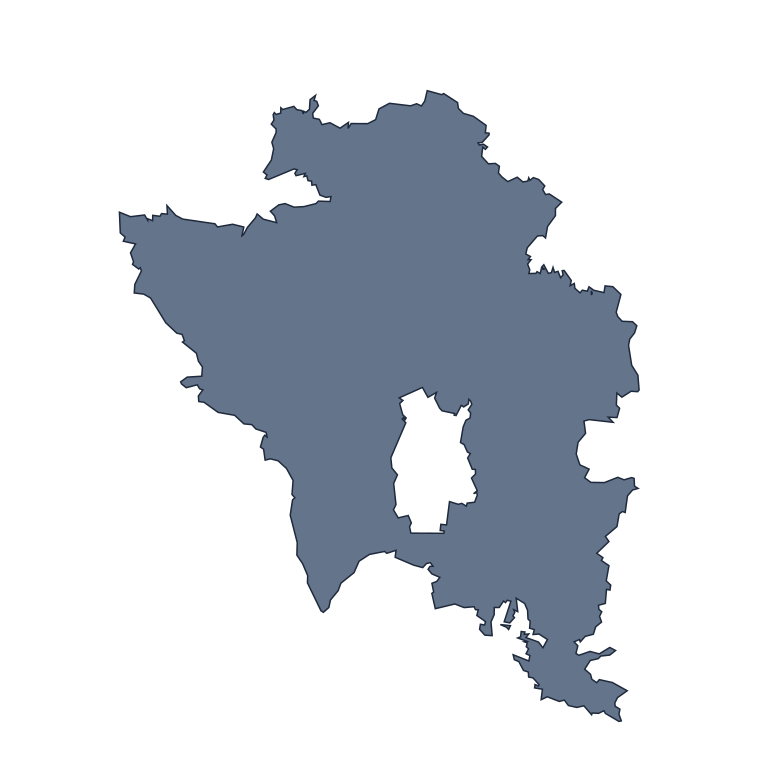 Semarang, Jawa Tengah, Indonesia (Albers equal-area conic projection), rotated 9°
{"feature_id": "22746128B46914217687538", "entity_name": "Semarang", "entity_type": "district", "adm_level": 2, "iso_a3": "IDN", "parent_name": "Indonesia", "parent_adm1": "Jawa Tengah", "projection": "albers", "projection_center": [110.496, -7.288], "detail": "fine", "context": "isolated", "style": "filled", "palette": "slate", "viewbox_px": 768, "rotation_deg": 9, "n_neighbors": 0, "source": "geoboundaries", "source_scale": "gbopen_adm2", "svg_char_len": 6165}
<svg xmlns="http://www.w3.org/2000/svg" viewBox="0 0 768 768"><g transform="rotate(9 384 384)"><path d="M624.6,286.9L619.7,283.6L609.4,284.8L604.4,280.9L602.1,276.8L604.0,258.5L594.8,252.1L587.0,252.5L587.0,259.3L576.5,258.6L571.3,255.9L570.3,260.5L565.2,260.3L563.4,263.3L557.6,259.7L556.2,254.9L552.5,257.8L552.8,252.5L544.2,243.7L542.3,244.2L543.8,248.3L541.8,251.4L538.2,245.5L535.0,247.1L532.7,242.4L531.9,247.8L529.0,249.0L523.2,241.2L521.4,243.9L524.8,245.8L521.4,245.5L521.0,250.5L517.6,249.1L516.7,251.0L509.8,252.2L510.1,248.4L507.1,243.1L509.8,238.2L506.9,238.6L508.7,235.2L503.7,233.4L504.2,227.0L512.4,213.8L517.7,212.6L520.7,214.5L520.9,202.8L527.0,190.9L525.9,183.8L531.1,176.6L517.5,170.4L513.9,171.6L510.3,167.1L511.8,163.2L504.8,157.8L499.2,156.8L496.3,160.0L494.7,157.7L494.3,161.1L489.6,162.7L483.3,158.9L474.6,164.7L468.1,161.1L464.0,157.6L463.9,150.9L459.5,148.7L452.7,150.2L444.8,143.9L444.5,134.6L447.4,136.4L449.2,133.7L444.7,131.6L440.7,133.1L439.2,131.2L443.2,130.0L448.8,121.5L448.5,119.8L444.8,120.1L444.4,112.6L430.4,105.6L420.1,104.3L414.4,100.2L412.6,94.5L397.5,87.8L395.7,89.2L380.8,87.5L380.0,98.1L377.5,103.5L372.4,102.1L366.7,105.1L345.5,105.9L336.0,113.1L334.4,124.2L327.2,129.4L310.8,131.9L308.5,137.2L308.0,131.2L300.5,138.2L289.8,134.4L282.2,137.5L278.7,132.7L272.6,132.4L271.2,127.9L275.7,119.5L273.3,115.3L270.6,114.9L271.2,109.7L266.5,114.7L267.4,124.4L264.4,127.9L262.0,127.2L262.2,129.9L260.2,126.8L255.0,126.7L251.5,123.9L241.1,128.7L238.9,127.3L239.6,132.6L235.3,134.6L233.2,133.1L232.4,135.4L234.0,140.6L232.0,145.0L237.5,149.0L238.1,152.5L235.4,162.7L238.2,168.9L237.7,180.4L231.7,193.5L235.7,195.8L234.5,199.5L238.0,200.1L261.4,185.7L264.7,185.9L263.0,189.8L264.5,192.0L273.3,188.3L272.4,191.7L275.2,190.5L277.1,195.0L280.7,195.0L281.7,198.9L285.5,197.8L291.2,207.5L297.7,208.7L302.3,207.2L302.2,212.2L290.7,213.6L288.5,216.5L277.2,221.3L267.6,223.4L258.0,221.3L252.1,223.5L244.7,231.1L249.6,235.0L252.7,241.4L239.0,240.1L232.1,235.9L231.0,240.1L224.6,250.7L221.9,258.4L220.5,259.8L221.0,250.9L209.5,249.9L194.9,254.9L192.0,252.2L159.4,252.6L152.0,250.1L141.7,241.7L143.5,250.1L137.6,250.5L136.5,253.4L129.2,253.6L129.9,258.9L125.0,257.8L125.1,259.4L121.1,254.5L107.5,258.4L95.8,255.7L99.9,276.0L105.3,279.4L104.2,283.8L116.7,284.5L113.1,294.1L117.5,302.4L116.9,305.2L123.8,308.8L125.0,307.3L126.7,310.2L122.3,324.6L123.1,333.2L132.6,332.8L140.0,335.6L158.9,357.7L171.4,366.2L176.8,366.6L180.1,372.5L178.4,374.1L193.9,383.0L197.2,390.6L202.0,395.6L202.8,404.8L188.5,408.0L182.8,413.7L184.0,415.6L189.2,418.6L199.7,414.0L202.6,417.6L206.0,418.1L202.5,424.9L203.8,430.3L209.1,430.2L224.6,438.0L241.4,438.3L251.9,445.3L259.8,444.8L264.5,448.5L275.1,450.2L276.8,454.6L274.3,453.2L273.0,455.6L271.8,465.5L275.3,467.3L278.5,477.8L283.5,475.7L291.4,476.4L300.9,482.7L309.3,493.5L310.4,507.5L313.8,510.3L311.8,512.8L311.9,528.2L323.1,554.2L324.7,566.6L331.8,574.3L338.6,585.2L339.5,592.4L357.2,617.8L359.8,619.0L364.5,613.4L364.9,605.7L371.0,595.4L372.6,587.5L383.9,575.0L387.1,562.9L396.3,554.6L410.8,549.3L413.2,550.8L421.9,546.4L422.1,553.4L441.7,558.3L451.0,559.3L454.0,554.7L457.7,553.2L460.9,556.4L458.0,556.9L456.5,560.1L461.0,564.1L469.4,566.2L467.0,570.7L462.5,573.4L465.6,581.8L464.0,583.3L469.8,597.9L488.4,590.2L498.1,592.3L507.8,589.9L509.7,592.6L512.4,592.2L511.9,598.1L521.4,602.8L521.1,606.3L516.8,606.2L516.8,611.4L522.9,616.3L530.2,615.6L526.9,602.2L528.9,594.6L527.9,587.5L532.8,586.7L536.0,579.7L538.2,580.9L539.6,578.3L543.3,578.7L539.9,600.1L545.6,600.3L549.4,594.3L547.6,592.9L548.9,589.1L547.4,586.6L551.7,587.9L548.1,574.9L557.3,578.8L561.2,585.1L563.0,593.6L565.5,595.5L566.0,602.4L570.9,603.1L570.4,608.1L576.2,606.7L585.4,610.8L582.2,619.7L577.0,614.7L563.8,612.2L566.1,608.2L561.6,609.3L562.0,606.9L558.2,607.0L558.5,612.3L555.8,613.9L565.4,615.8L562.9,616.7L566.0,617.3L565.6,621.2L568.2,622.9L566.5,628.2L570.6,629.4L570.4,634.9L553.9,631.2L555.9,635.9L560.6,637.1L566.6,645.1L571.6,645.9L572.7,650.8L577.2,651.0L584.2,656.7L583.8,658.1L580.2,657.2L580.3,660.6L588.2,660.7L588.6,671.2L594.2,667.4L606.8,670.1L611.6,668.0L616.4,672.7L625.0,673.3L631.8,670.6L640.8,678.2L641.1,676.4L647.5,675.7L652.3,672.3L654.3,674.8L668.8,680.5L671.1,679.6L667.7,673.4L667.9,668.3L662.7,666.1L661.9,662.8L663.7,657.2L672.2,648.9L656.2,643.1L642.9,642.3L640.9,645.7L635.5,643.2L633.4,638.4L626.8,634.3L631.0,624.8L638.5,621.8L640.7,618.8L649.4,616.4L654.4,611.0L648.2,608.9L638.8,616.9L629.3,615.9L618.8,621.5L615.7,620.0L616.4,612.3L612.1,608.9L617.0,605.8L618.2,608.0L622.2,601.8L629.9,598.4L631.1,590.7L636.1,585.1L633.2,579.7L634.7,574.9L631.5,572.9L630.5,569.0L636.9,566.1L635.9,552.0L639.4,552.2L639.4,547.2L634.3,543.7L634.6,528.2L626.3,524.3L627.4,521.3L620.6,517.9L630.8,504.4L626.5,499.9L636.4,488.4L636.6,475.5L639.5,472.6L642.3,473.2L642.0,456.4L646.1,449.8L651.3,447.4L647.4,445.7L645.8,438.1L643.2,437.7L636.1,441.1L629.5,439.6L617.1,446.9L603.7,448.8L596.8,445.2L599.9,436.0L590.1,433.2L584.8,423.1L584.8,411.2L590.8,401.2L587.3,389.3L592.2,387.1L616.3,386.0L610.6,381.7L619.4,380.7L620.5,371.1L616.8,368.5L615.4,356.5L621.0,359.8L629.2,352.5L635.8,351.9L636.9,350.0L633.4,335.6L625.7,326.7L619.5,307.6L619.7,301.2L623.5,294.3L624.6,286.9ZM407.3,411.4L402.5,400.8L405.3,397.3L401.2,395.3L422.5,381.4L429.5,390.3L437.2,384.1L436.2,390.0L442.7,399.1L445.5,401.4L458.5,402.1L458.1,403.7L460.1,403.9L463.7,393.0L466.3,394.2L470.4,390.5L470.2,385.9L472.3,387.4L473.9,390.4L471.2,396.4L474.1,399.1L474.3,404.1L470.6,407.0L468.9,414.0L468.7,429.9L472.6,431.3L477.0,438.1L480.1,439.2L478.2,444.0L484.5,454.4L487.6,454.1L488.5,458.6L485.1,463.2L492.8,474.8L489.6,478.3L492.6,476.7L493.5,479.1L492.0,486.6L484.8,488.6L484.4,491.8L479.5,489.7L476.2,491.2L467.1,489.9L467.8,513.4L462.1,513.7L462.4,519.9L466.5,519.8L466.5,522.1L433.9,527.1L431.6,521.1L432.7,516.9L428.5,510.1L419.0,514.0L413.0,506.8L414.7,501.2L409.1,480.7L411.5,471.6L404.9,465.7L402.3,455.8L411.6,418.9L407.5,415.7L408.6,414.1L410.3,416.2L411.2,414.1L407.3,411.4ZM575.5,261.7L574.9,263.7L574.2,259.8L575.5,261.7ZM545.5,607.0L546.7,602.9L536.5,603.4L543.1,605.1L545.5,607.0Z" fill="#64748b" stroke="#1e293b" stroke-width="1.5"/></g></svg>